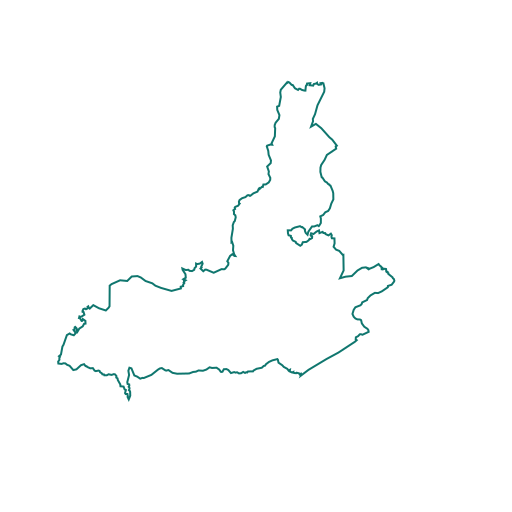 Budureasa, Bihor, Romania, rotated 116°
{"feature_id": "2599482B63741703724977", "entity_name": "Budureasa", "entity_type": "district", "adm_level": 2, "iso_a3": "ROU", "parent_name": "Romania", "parent_adm1": "Bihor", "projection": "natural_earth1", "projection_center": [22.661, 46.683], "detail": "fine", "context": "isolated", "style": "outline", "palette": "teal", "viewbox_px": 512, "rotation_deg": 116, "n_neighbors": 0, "source": "geoboundaries", "source_scale": "gbopen_adm2", "svg_char_len": 6131}
<svg xmlns="http://www.w3.org/2000/svg" viewBox="0 0 512 512"><g transform="rotate(116 256 256)"><path d="M433.8,388.1L435.4,387.2L437.7,387.5L439.3,386.5L438.2,383.4L436.8,382.0L436.1,380.2L436.6,378.2L436.4,375.4L438.6,370.2L436.6,367.7L430.8,365.4L428.6,363.1L429.7,360.9L429.3,360.0L429.7,359.1L429.6,355.7L428.3,353.5L429.8,350.8L429.7,349.5L428.0,347.3L427.9,346.2L428.8,345.2L429.0,343.2L429.7,342.2L429.1,340.7L429.7,340.0L428.6,337.8L426.9,336.6L426.2,333.7L424.5,332.0L424.2,330.8L425.1,328.8L426.5,328.3L426.7,326.8L428.0,325.9L430.9,321.7L432.5,320.7L431.4,317.8L433.5,315.6L433.5,314.2L436.6,313.6L437.2,312.6L436.4,311.1L438.1,309.8L438.9,309.7L440.7,307.5L436.7,307.8L433.4,309.5L432.7,310.1L432.3,311.4L430.7,311.5L429.8,312.1L429.4,313.1L428.1,313.0L427.0,313.7L427.3,315.3L425.8,316.4L418.6,317.9L415.1,320.4L411.9,320.8L411.6,318.7L416.7,313.0L416.5,309.9L417.0,306.3L415.3,304.6L414.9,303.4L408.7,297.9L401.1,294.3L399.2,293.1L398.0,291.5L398.5,287.6L398.4,286.5L396.9,284.7L397.6,279.8L396.4,275.3L390.9,264.6L387.8,261.7L386.3,259.3L384.1,257.5L382.4,253.4L379.8,250.8L376.4,248.9L375.9,246.4L373.7,242.5L374.2,239.3L375.5,236.9L375.4,236.3L374.7,235.4L371.9,235.3L370.6,233.0L370.6,230.9L372.2,227.2L369.9,224.7L369.8,223.3L368.8,222.0L369.0,219.8L367.9,218.0L365.8,216.7L365.9,214.6L364.7,213.8L364.6,212.9L363.3,212.6L361.0,208.1L360.0,208.0L357.1,206.0L353.9,201.8L351.5,200.9L350.6,199.8L348.9,199.6L345.5,197.9L342.6,195.5L339.3,191.6L339.6,190.9L342.0,189.0L342.7,184.4L343.5,182.5L343.7,178.4L344.7,176.5L343.4,175.6L345.0,175.1L344.9,172.6L343.9,171.7L344.6,171.5L344.3,170.0L343.7,168.5L343.1,168.3L342.6,165.9L343.3,164.8L342.0,164.0L342.6,163.3L343.8,163.2L335.3,158.9L317.6,147.4L306.7,139.6L289.7,129.5L287.5,128.6L287.3,129.8L285.3,130.6L283.3,129.1L280.9,128.4L280.3,127.4L280.1,125.8L274.8,121.5L273.4,122.5L272.6,123.9L272.1,127.7L270.2,131.3L267.6,133.4L267.5,134.8L268.5,137.0L268.6,139.2L267.8,141.5L265.8,143.9L261.5,144.6L258.5,144.2L254.5,140.5L253.0,140.0L251.1,140.2L246.9,136.9L244.9,137.1L241.2,135.8L237.0,133.0L235.8,130.0L232.6,127.4L226.3,123.8L225.1,124.3L222.4,121.5L218.5,120.7L217.6,120.8L216.3,121.9L216.0,123.2L215.3,124.0L214.1,129.2L213.4,129.5L213.1,131.3L212.6,131.2L212.7,132.2L210.7,133.4L211.0,134.7L212.5,136.2L212.8,137.2L212.1,137.5L211.0,136.4L211.5,138.1L210.7,138.7L210.3,140.8L209.5,142.3L214.4,145.4L217.6,148.3L217.7,149.1L218.1,148.6L218.6,148.9L218.0,152.2L220.1,155.5L224.5,158.4L232.0,161.1L235.3,166.4L239.2,170.8L230.6,170.9L216.6,178.0L217.0,178.5L214.9,183.4L215.2,186.8L213.7,190.3L210.2,190.9L205.8,193.2L206.8,195.6L205.7,196.6L204.1,197.0L203.1,198.5L205.7,199.9L205.8,203.1L205.1,203.8L205.8,205.6L205.1,206.7L207.6,209.0L205.4,210.6L207.5,212.3L211.1,214.0L211.4,216.4L213.3,216.1L213.8,215.3L213.5,214.5L213.9,214.0L215.3,213.5L217.0,214.6L217.1,215.4L218.7,215.5L221.2,216.8L223.1,220.0L225.7,219.8L227.4,220.7L226.8,225.6L225.9,226.5L225.9,229.7L225.2,231.0L224.0,231.8L224.1,232.7L222.6,233.5L223.1,235.8L221.6,237.2L219.0,238.7L217.6,235.7L215.5,235.2L213.3,233.5L209.9,229.5L210.1,227.6L209.7,227.1L210.6,223.6L211.9,223.1L213.4,221.5L214.3,219.0L211.2,219.6L204.9,218.6L203.9,216.6L201.4,214.3L201.6,212.7L200.9,212.5L197.9,212.2L193.9,214.1L192.2,215.6L189.7,213.6L186.3,212.9L183.9,210.9L180.8,210.5L175.9,211.3L171.2,211.3L165.7,214.1L163.9,215.6L160.1,219.9L160.2,220.9L159.6,221.4L159.6,223.1L158.9,224.2L158.7,226.8L156.4,230.7L156.5,231.4L152.2,235.0L148.3,236.8L145.6,237.3L139.5,236.5L134.1,236.6L124.4,231.0L122.6,232.4L121.4,231.7L118.0,238.5L117.1,242.1L112.5,253.4L111.0,260.1L115.6,263.2L109.9,263.8L107.9,265.0L102.7,265.1L93.6,266.8L78.5,266.7L75.2,267.9L71.3,271.1L71.8,272.0L71.4,272.3L72.4,273.8L73.4,272.9L74.7,274.7L74.5,276.5L73.6,277.1L74.7,277.7L76.1,279.4L77.8,279.3L79.0,282.7L76.9,283.0L78.6,285.7L80.1,285.2L80.8,285.7L81.9,285.5L85.7,284.1L86.1,285.0L86.6,287.5L86.4,289.8L86.8,290.6L88.3,291.0L88.2,294.5L86.2,298.0L86.6,299.0L85.5,301.8L85.4,303.0L87.2,304.1L86.9,304.3L95.7,306.6L98.4,305.9L102.2,303.4L110.9,301.0L112.5,302.5L115.4,300.9L119.1,296.7L122.7,295.6L127.6,296.8L130.1,296.6L131.9,295.8L132.7,294.8L140.2,291.5L147.9,291.4L148.9,290.2L149.6,292.0L152.0,294.4L152.7,294.4L156.1,291.1L159.5,289.0L163.6,284.4L166.1,283.5L170.7,285.2L174.4,281.5L176.9,280.7L179.5,277.4L181.4,276.6L184.3,276.8L187.4,278.6L188.5,280.7L191.0,280.2L191.2,281.0L194.1,282.1L193.6,282.7L194.1,283.0L197.5,282.9L200.8,285.8L204.4,287.5L204.7,288.1L204.4,289.1L205.2,290.3L207.7,291.3L210.1,293.8L212.9,295.3L214.6,295.2L216.1,294.3L216.1,293.7L218.6,294.1L221.0,296.2L222.0,296.3L222.9,295.4L224.8,296.4L225.8,295.2L228.0,294.2L228.5,292.4L230.1,291.2L233.9,290.4L235.2,290.8L238.6,290.4L241.7,288.7L250.4,286.1L254.5,284.0L253.9,283.6L256.7,280.9L260.9,279.2L264.1,276.3L265.1,274.6L265.4,275.4L264.8,278.1L267.2,279.3L273.3,279.5L274.2,277.8L276.1,277.1L280.9,278.1L281.9,278.8L282.9,281.2L289.6,286.7L290.0,294.5L290.5,295.7L292.8,296.7L291.6,300.4L290.1,299.9L289.8,300.5L286.3,300.6L285.0,301.9L287.4,303.1L289.1,305.4L289.1,306.5L291.8,305.2L293.9,305.9L295.5,305.5L297.6,306.9L298.5,309.3L298.0,310.7L299.4,312.9L299.5,316.7L300.6,315.9L303.3,311.4L306.3,309.6L308.7,311.1L308.7,308.6L309.4,309.0L309.5,310.2L311.6,308.7L311.9,309.1L312.2,308.7L313.9,308.9L315.0,308.3L316.6,310.2L318.1,309.3L324.4,316.6L326.3,327.3L326.8,333.4L326.0,337.2L326.9,344.3L325.8,350.1L326.0,353.7L328.9,358.7L334.9,360.8L337.4,367.5L344.6,373.5L346.8,374.5L365.4,365.6L367.1,365.8L370.8,367.1L371.8,374.2L371.5,380.7L376.2,382.4L376.0,383.4L374.8,384.7L375.6,385.1L376.0,384.5L377.2,384.6L378.4,385.5L378.2,386.7L379.4,387.9L381.5,387.8L381.7,387.0L382.2,387.1L382.2,386.2L384.0,384.5L386.8,386.2L387.6,387.0L387.7,388.2L389.2,387.9L388.9,387.3L390.8,384.3L390.4,383.7L388.6,384.0L389.1,380.9L391.5,379.6L392.3,380.8L395.2,380.9L398.7,383.0L402.5,383.3L401.7,384.5L400.3,384.9L399.6,385.7L399.0,387.4L399.6,387.7L401.9,386.9L402.5,387.5L404.3,384.2L407.1,385.0L407.6,388.3L407.3,389.5L410.0,391.3L420.2,390.1L422.2,390.3L430.1,388.1L432.4,389.1L432.6,388.0L433.8,388.1Z" fill="none" stroke="#0f766e" stroke-width="2"/></g></svg>